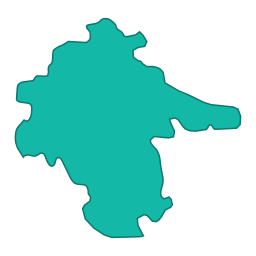 SVG path tracing the border of Vukovarsko-Srijemska
{"feature_id": "HRV-1605", "entity_name": "Vukovarsko-Srijemska", "entity_type": "County", "adm_level": 1, "iso_a3": "HRV", "parent_name": "Croatia", "parent_adm1": "", "projection": "orthographic", "projection_center": [18.849, 45.171], "detail": "fine", "context": "isolated", "style": "filled", "palette": "teal", "viewbox_px": 256, "rotation_deg": 0, "n_neighbors": 0, "source": "natural_earth", "source_scale": "10m", "svg_char_len": 2599}
<svg xmlns="http://www.w3.org/2000/svg" viewBox="0 0 256 256"><path d="M51.7,166.3L49.7,165.3L48.0,163.0L46.6,160.1L44.9,155.5L43.8,153.9L41.9,153.0L40.3,153.3L36.8,155.4L35.1,156.1L33.1,156.0L29.1,155.0L27.1,154.9L23.4,156.4L23.4,157.1L23.2,157.0L17.6,148.1L15.8,142.8L15.4,139.1L15.4,136.2L15.7,133.4L16.1,131.2L16.8,129.2L17.9,127.2L24.1,120.0L25.9,121.0L26.9,121.1L28.3,120.5L29.4,119.3L30.7,116.9L31.2,114.9L31.6,112.7L31.8,108.3L31.5,106.2L30.9,104.8L29.7,103.7L28.2,103.2L19.9,102.0L18.5,101.5L17.4,100.8L16.8,100.2L16.6,99.7L16.6,98.2L17.3,88.1L17.5,86.8L18.0,85.0L19.7,83.3L22.4,82.1L33.1,80.6L34.2,79.1L34.9,77.8L36.0,76.5L37.3,75.9L46.2,76.2L47.2,75.8L47.9,74.9L48.4,72.7L48.4,70.9L48.3,69.2L48.4,67.8L48.7,66.6L49.1,65.8L49.7,65.0L51.4,63.8L52.0,62.6L52.4,60.9L53.0,52.6L53.2,51.3L53.6,50.2L55.2,48.8L57.7,47.2L63.5,44.5L68.3,41.5L86.3,42.5L88.5,40.9L90.0,39.2L90.3,37.2L90.3,35.1L90.1,32.5L89.7,31.7L89.2,31.0L87.3,28.7L86.7,27.7L86.6,26.9L86.6,26.0L87.2,25.3L88.6,24.8L95.6,23.6L97.9,22.7L99.4,21.8L100.8,20.2L101.8,19.4L103.1,18.9L104.7,18.6L107.7,18.8L109.9,19.7L113.2,22.2L114.6,23.7L115.5,24.8L115.8,25.6L116.2,27.3L116.6,28.1L117.2,28.9L117.9,29.6L120.8,31.3L121.5,32.0L122.8,33.5L123.2,34.2L123.6,35.0L123.8,35.8L125.1,36.4L127.4,36.6L135.8,34.8L139.6,31.8L143.1,35.4L146.8,41.5L144.7,46.4L138.4,47.3L133.0,50.4L133.5,57.4L138.0,60.6L141.0,61.5L142.6,63.7L146.6,66.6L152.3,66.5L155.8,67.2L159.7,68.6L163.0,72.2L163.7,75.5L165.0,82.9L178.5,90.8L188.2,94.8L203.8,102.4L211.2,104.7L233.2,107.0L238.0,109.2L240.6,116.3L240.1,124.6L237.3,127.4L236.5,128.2L215.0,129.3L213.7,128.5L211.7,125.4L210.6,124.8L208.8,125.6L207.9,127.2L207.1,128.7L205.9,129.6L195.5,131.1L190.1,130.8L185.4,129.0L182.7,126.2L178.0,119.5L175.0,117.9L169.5,119.2L171.3,124.4L174.5,131.1L173.5,136.8L168.2,137.9L154.2,136.5L150.4,139.9L150.8,143.1L152.8,145.8L155.2,148.3L157.1,150.6L159.0,155.0L159.8,158.4L160.8,166.9L162.8,177.3L163.1,181.0L162.6,184.3L161.4,188.5L160.6,192.8L161.2,196.4L163.9,198.9L169.0,197.0L171.2,199.5L172.3,204.8L170.5,207.4L167.6,208.7L165.3,210.1L161.4,216.8L159.1,219.8L156.1,221.7L152.4,221.2L147.4,215.7L144.0,214.6L137.3,218.4L138.0,225.5L143.4,235.8L140.7,236.6L133.2,236.9L111.8,237.4L104.1,234.8L100.0,232.1L93.9,228.1L85.3,218.9L82.6,208.7L84.4,205.3L89.8,201.2L90.6,197.7L90.2,196.4L88.9,194.7L88.4,193.7L88.2,192.7L88.2,190.8L88.1,190.0L87.4,187.9L86.7,186.4L85.7,185.4L84.0,184.8L77.0,184.1L74.1,182.8L71.1,179.2L61.8,160.1L60.6,158.5L59.1,157.6L57.4,157.7L56.1,159.1L55.4,161.2L54.9,163.3L54.1,165.0L51.7,166.3Z" fill="#14b8a6" stroke="#0f766e" stroke-width="1.5"/></svg>